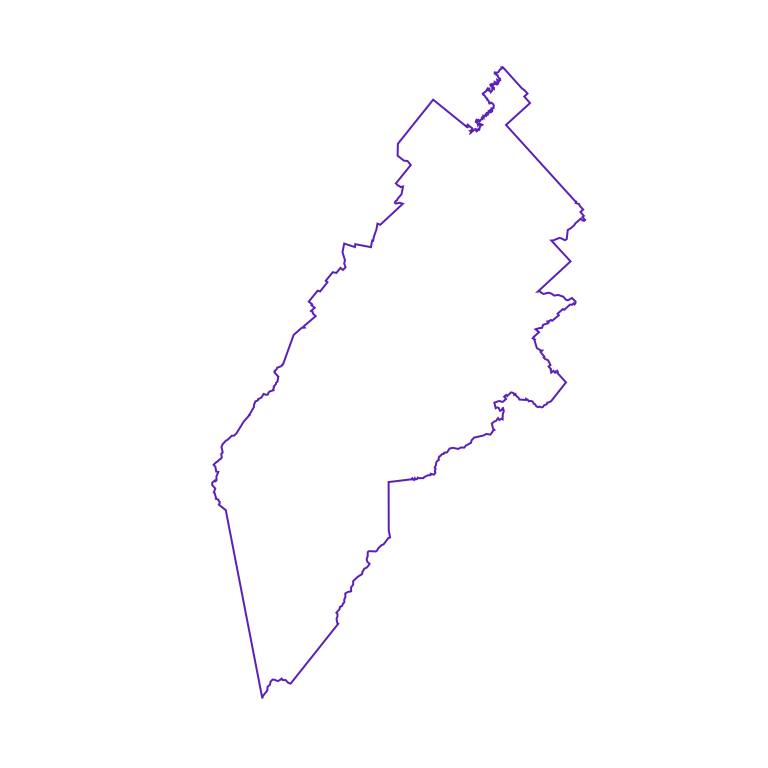 the district of Wangaratta, Victoria, Australia, rotated 39°
{"feature_id": "25037944B46502413321481", "entity_name": "Wangaratta", "entity_type": "district", "adm_level": 2, "iso_a3": "AUS", "parent_name": "Australia", "parent_adm1": "Victoria", "projection": "natural_earth1", "projection_center": [146.471, -36.616], "detail": "fine", "context": "isolated", "style": "outline", "palette": "violet", "viewbox_px": 768, "rotation_deg": 39, "n_neighbors": 0, "source": "geoboundaries", "source_scale": "gbopen_adm2", "svg_char_len": 6088}
<svg xmlns="http://www.w3.org/2000/svg" viewBox="0 0 768 768"><g transform="rotate(39 384 384)"><path d="M524.7,291.9L524.4,268.2L511.9,266.3L511.8,265.4L510.4,264.9L510.5,265.7L509.5,266.1L509.7,267.6L507.4,267.2L506.8,269.9L504.7,268.2L504.6,267.4L500.9,266.8L501.4,264.5L496.6,262.3L493.2,263.2L491.4,262.9L491.5,261.9L485.5,260.6L485.8,258.5L484.4,259.4L480.0,259.8L473.1,255.0L473.2,254.5L470.9,254.9L471.1,253.2L470.7,253.1L471.9,246.2L467.3,246.1L467.7,245.4L468.4,245.3L468.4,244.5L469.5,242.9L471.5,240.9L470.4,237.8L473.0,234.0L473.3,232.8L471.7,232.5L472.9,231.0L473.4,229.2L474.9,229.0L476.6,220.6L474.7,220.2L475.8,213.2L477.4,212.9L478.6,205.1L480.3,204.2L480.6,202.0L482.0,202.2L481.8,200.5L481.0,199.4L475.9,198.9L474.2,203.3L472.5,204.0L468.4,203.3L463.3,205.2L460.6,208.2L457.1,208.4L454.4,209.5L451.3,213.6L449.0,214.1L447.0,213.8L445.4,215.4L451.8,171.3L423.8,167.2L425.0,166.2L428.3,160.2L429.9,159.3L434.1,158.4L434.8,156.4L429.9,148.7L431.3,144.8L431.9,140.6L431.6,138.9L432.9,131.7L435.1,132.0L436.8,131.3L437.0,130.0L433.2,129.4L433.5,127.6L428.4,126.7L429.0,123.1L424.2,122.4L422.4,121.4L419.1,122.7L418.6,121.3L417.4,121.6L400.9,119.1L315.8,105.9L320.7,73.8L312.1,72.3L312.8,68.0L308.4,67.3L305.2,67.5L277.5,63.1L276.8,63.2L277.2,63.8L276.2,64.3L276.9,64.9L276.2,66.9L276.6,69.6L275.7,71.2L274.0,72.1L274.6,73.1L276.0,72.3L276.7,73.0L278.0,72.5L278.9,73.4L281.1,74.0L281.8,73.7L283.1,74.7L282.0,76.1L280.6,76.4L282.1,77.6L282.9,76.5L283.7,79.6L283.0,80.3L281.7,79.1L280.6,79.4L281.9,80.1L281.6,80.8L280.3,80.8L280.9,82.8L279.1,82.8L278.2,84.4L278.6,84.7L278.7,84.1L279.7,84.1L280.3,85.1L281.1,84.5L281.6,85.4L283.1,84.7L283.8,85.6L282.2,86.2L283.3,87.6L283.3,89.9L282.4,89.4L280.5,90.1L280.9,89.1L280.1,88.1L278.5,88.9L279.1,92.3L278.0,96.2L279.1,96.8L280.3,96.4L282.9,97.4L284.7,97.3L285.3,98.2L287.0,98.1L289.3,99.7L289.8,99.3L290.1,97.9L292.8,97.8L293.9,98.4L295.5,100.6L294.2,102.1L295.5,102.6L296.5,104.1L296.0,105.4L294.2,104.2L293.5,106.0L294.9,106.7L294.7,108.1L295.2,109.4L294.7,109.7L293.6,108.2L293.2,108.7L293.4,110.3L294.3,110.0L294.7,111.5L292.4,112.9L293.5,113.4L292.7,114.6L294.0,115.0L292.8,115.8L293.6,116.6L292.8,117.9L293.1,119.2L291.7,120.3L291.7,119.5L291.1,119.3L290.9,120.3L289.6,120.5L290.3,122.5L291.7,122.1L293.1,123.0L293.7,121.8L294.4,123.2L294.8,121.4L297.3,120.7L297.2,121.5L296.1,122.3L297.9,126.2L297.1,126.3L297.6,127.1L297.4,127.4L295.8,127.9L297.1,128.8L297.0,129.3L294.5,128.7L293.7,131.9L293.0,132.4L293.6,133.5L293.3,134.3L292.8,132.9L291.6,133.0L292.2,131.9L292.0,129.8L285.8,129.8L285.8,131.3L287.5,131.3L287.1,132.1L243.3,132.1L243.6,188.6L250.9,198.0L258.9,197.9L261.9,195.9L267.0,197.0L267.0,220.6L270.1,221.0L271.0,220.5L273.0,220.5L274.5,218.5L278.2,225.5L278.0,231.2L278.4,232.9L277.9,235.0L278.5,236.4L279.6,236.3L282.1,233.3L285.2,232.1L280.9,262.6L278.0,263.5L280.9,268.8L283.5,276.0L285.4,279.5L284.5,279.9L287.7,285.9L273.7,293.4L275.2,295.9L264.7,299.9L268.8,307.7L275.8,312.4L277.1,315.3L280.7,317.5L280.3,321.2L277.1,321.2L277.1,327.6L273.8,329.4L273.8,340.5L276.0,340.5L276.1,352.3L273.7,353.2L273.7,367.3L278.0,367.3L278.0,368.4L282.2,368.4L281.3,373.2L283.2,372.9L284.7,374.0L288.2,374.3L285.3,389.8L286.8,390.1L284.7,392.1L282.9,402.7L293.0,431.8L292.8,433.1L293.2,433.3L292.8,435.1L290.7,438.6L291.2,439.7L290.9,442.9L291.4,442.9L291.7,444.0L297.3,444.8L297.3,445.5L298.5,446.6L298.8,447.9L299.6,448.7L299.4,451.0L300.0,451.8L300.1,454.2L299.8,455.2L300.7,456.0L301.1,457.7L302.1,458.3L299.9,461.6L299.7,463.4L300.3,465.5L298.4,467.0L296.7,467.4L297.2,471.8L295.7,475.1L296.2,475.6L296.1,476.6L295.0,478.5L296.0,481.7L297.4,483.7L298.7,492.2L299.1,492.5L298.6,493.3L299.0,494.0L298.6,501.3L300.4,515.3L300.0,518.4L298.2,520.2L297.6,525.6L296.8,527.5L296.5,532.7L297.4,535.3L301.7,538.7L301.5,540.7L304.1,543.1L304.3,544.9L303.6,546.4L303.6,548.2L302.8,550.6L302.4,554.0L305.1,554.5L308.7,557.6L310.6,556.6L312.0,561.4L314.4,564.1L314.3,565.2L313.5,565.2L313.7,566.0L313.1,566.1L312.7,568.3L312.7,569.0L314.2,570.7L318.6,571.4L319.9,575.1L320.2,574.8L325.0,578.1L325.5,579.0L328.0,578.1L328.9,578.8L330.5,579.0L331.3,580.0L331.6,581.7L340.4,581.6L487.3,704.9L486.2,702.6L486.2,695.7L484.1,692.7L484.6,689.3L483.2,686.9L483.4,683.8L485.1,682.7L488.3,681.8L489.4,679.6L489.8,677.4L491.6,677.8L493.9,676.0L497.5,676.5L500.0,675.6L499.3,599.1L498.3,599.2L497.1,598.4L494.8,596.2L494.1,593.9L492.6,592.0L490.9,591.7L491.2,587.0L490.0,584.9L491.1,583.0L490.4,580.6L490.5,578.6L488.8,576.6L488.0,573.7L485.7,571.2L486.7,568.5L488.9,565.8L486.4,562.8L486.3,559.3L484.1,556.6L484.9,550.4L486.6,545.5L485.5,543.6L484.9,539.9L486.1,537.6L486.3,534.6L485.9,532.8L483.2,532.7L481.7,531.9L480.7,530.9L479.6,527.9L477.3,525.1L477.2,523.9L478.0,523.0L483.0,519.3L483.4,517.9L482.9,514.8L483.6,510.5L484.6,509.0L484.3,501.2L485.3,499.4L480.0,495.0L449.3,457.3L465.1,441.0L465.3,439.6L466.2,440.2L466.7,439.5L467.7,439.6L467.3,437.9L468.3,438.4L468.8,438.0L469.4,437.0L469.2,435.5L470.1,435.5L473.9,432.3L473.8,431.1L475.4,427.6L477.4,425.6L476.8,424.4L479.8,423.1L479.9,420.8L478.1,419.3L477.5,417.5L476.2,417.3L475.9,416.7L475.5,414.5L474.0,412.1L473.8,410.4L474.4,408.5L473.7,408.2L472.5,405.7L473.1,404.5L473.2,402.1L474.4,400.7L474.0,399.5L476.0,397.6L475.6,392.9L477.6,390.3L482.5,387.8L483.7,385.0L486.4,382.9L486.4,380.2L488.6,375.1L487.5,372.6L487.8,368.9L493.8,361.3L494.9,358.5L498.5,356.4L498.4,352.8L498.0,352.0L498.7,350.2L496.8,350.0L492.7,346.9L493.2,344.1L494.3,342.2L494.1,338.8L496.3,339.4L497.1,337.0L498.4,336.8L495.1,332.4L494.3,329.8L491.7,327.8L491.4,328.3L491.9,330.3L491.0,331.8L488.1,330.4L486.6,331.0L486.0,332.5L481.5,329.1L483.9,325.1L485.2,324.1L486.8,323.8L487.7,322.7L488.3,318.7L485.4,318.3L485.8,315.6L487.3,315.9L488.1,310.5L489.8,309.7L491.0,309.6L492.0,310.5L492.5,309.1L493.5,309.9L497.3,310.1L499.0,310.9L504.3,307.1L503.7,306.2L506.1,305.8L507.3,306.4L508.4,305.0L510.3,304.1L513.0,305.1L514.1,304.7L516.6,305.5L518.5,304.9L519.1,303.6L520.5,303.4L521.9,302.2L521.8,299.7L523.2,297.5L522.6,295.7L523.9,294.3L524.7,291.9Z" fill="none" stroke="#5b21b6" stroke-width="2"/></g></svg>